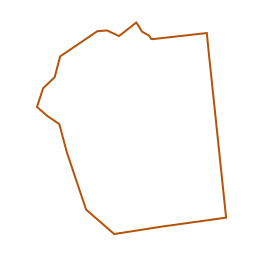 Adams, Pennsylvania, United States of America, rotated 264°
{"feature_id": "52423323B75769363795569", "entity_name": "Adams", "entity_type": "district", "adm_level": 2, "iso_a3": "USA", "parent_name": "United States of America", "parent_adm1": "Pennsylvania", "projection": "natural_earth1", "projection_center": [-77.13, 39.895], "detail": "fine", "context": "isolated", "style": "outline", "palette": "amber", "viewbox_px": 256, "rotation_deg": 264, "n_neighbors": 0, "source": "geoboundaries", "source_scale": "gbopen_adm2", "svg_char_len": 557}
<svg xmlns="http://www.w3.org/2000/svg" viewBox="0 0 256 256"><g transform="rotate(264 128 128)"><path d="M214.2,216.3L213.8,161.5L214.4,160.1L215.0,160.0L216.3,159.3L217.3,158.9L217.6,158.6L222.5,151.9L231.1,147.8L232.0,147.2L220.4,128.7L227.2,117.3L227.5,107.7L206.3,68.0L186.2,60.4L176.5,47.8L158.5,39.7L148.5,48.9L142.1,56.5L139.1,60.1L111.0,64.5L71.3,73.3L51.2,77.8L44.1,84.4L24.0,103.2L26.4,150.8L28.6,216.2L115.7,216.2L117.1,216.2L126.4,216.2L190.1,216.2L190.4,216.1L194.8,216.2L214.2,216.3Z" fill="none" stroke="#b45309" stroke-width="2"/></g></svg>